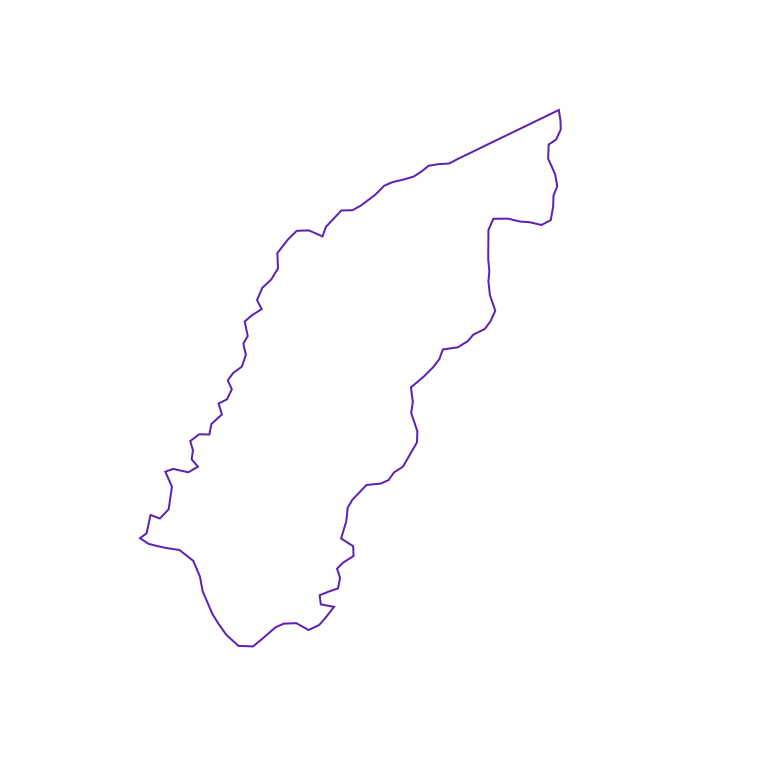 outline of Doutor Camargo, Paraná, Brazil, rotated 330°
{"feature_id": "56859067B60324698121117", "entity_name": "Doutor Camargo", "entity_type": "district", "adm_level": 2, "iso_a3": "BRA", "parent_name": "Brazil", "parent_adm1": "Paraná", "projection": "mercator", "projection_center": [-52.215, -23.569], "detail": "fine", "context": "isolated", "style": "outline", "palette": "violet", "viewbox_px": 768, "rotation_deg": 330, "n_neighbors": 0, "source": "geoboundaries", "source_scale": "gbopen_adm2", "svg_char_len": 1713}
<svg xmlns="http://www.w3.org/2000/svg" viewBox="0 0 768 768"><g transform="rotate(330 384 384)"><path d="M672.4,234.1L560.8,226.0L550.6,225.6L540.8,220.7L531.7,217.3L522.9,218.7L513.4,219.2L504.2,217.0L492.2,213.4L483.4,212.4L470.6,215.8L453.3,217.9L443.5,217.7L433.9,212.4L412.5,218.8L404.5,225.4L395.7,213.4L385.0,207.7L372.8,210.9L357.1,217.3L350.0,230.9L338.6,237.1L326.7,239.9L316.0,247.8L315.5,258.0L304.1,258.4L294.6,260.2L290.0,274.3L282.4,278.7L278.9,289.8L269.5,297.9L258.9,299.0L250.5,302.8L249.6,312.5L240.3,318.8L231.0,318.2L228.4,329.3L214.6,332.3L207.5,340.4L198.7,335.1L187.7,336.6L185.4,345.9L179.8,353.0L181.5,362.6L170.4,362.6L158.9,352.1L150.8,350.6L149.0,366.9L134.9,384.8L122.6,388.4L116.3,380.7L103.8,394.6L95.6,395.5L100.1,404.6L106.6,411.0L113.7,417.4L123.9,425.5L130.4,441.8L128.3,458.8L123.3,472.9L120.4,497.6L120.8,509.6L122.1,522.6L127.0,538.0L139.4,545.8L153.9,543.3L168.2,540.5L177.3,541.4L188.5,547.3L195.6,559.3L207.5,560.3L216.5,557.2L229.3,552.0L219.1,543.3L222.7,534.7L232.7,536.2L242.0,538.0L249.1,529.8L251.0,520.5L258.9,518.3L271.7,517.7L276.2,509.0L269.6,496.4L282.7,484.0L290.8,472.9L298.8,468.4L318.3,462.7L331.4,468.6L340.0,469.5L348.3,465.6L359.3,465.0L369.2,459.2L383.3,451.1L389.2,441.8L393.1,422.6L400.0,414.0L405.6,400.4L422.3,397.4L435.1,394.0L444.4,390.1L452.3,383.5L466.1,389.1L478.0,388.8L486.0,385.9L498.9,386.7L507.7,382.9L517.0,376.2L520.1,360.2L525.8,347.2L531.7,338.9L536.5,328.3L543.9,315.7L551.5,302.8L561.3,295.6L574.1,302.8L583.1,311.4L591.0,316.7L599.8,325.0L610.3,325.5L619.3,314.8L625.0,305.6L632.9,299.4L637.1,287.9L638.8,271.0L646.4,258.9L655.2,258.4L664.3,252.0L668.5,244.2L672.4,234.1Z" fill="none" stroke="#5b21b6" stroke-width="2"/></g></svg>